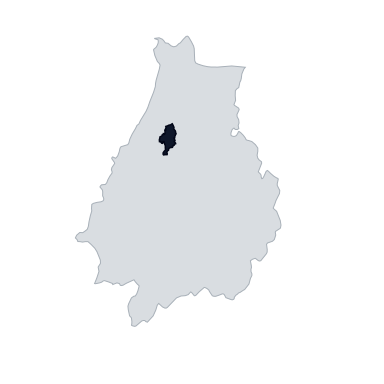 Hantsavichy, Brest, Belarus shown in context, rotated 109°
{"feature_id": "67162791B6713137002494", "entity_name": "Hantsavichy", "entity_type": "district", "adm_level": 2, "iso_a3": "BLR", "parent_name": "Belarus", "parent_adm1": "Brest", "projection": "natural_earth1", "projection_center": [26.586, 52.677], "detail": "fine", "context": "in_parent", "style": "filled", "palette": "ink", "viewbox_px": 384, "rotation_deg": 109, "n_neighbors": 0, "source": "geoboundaries", "source_scale": "gbopen_adm2", "svg_char_len": 7321}
<svg xmlns="http://www.w3.org/2000/svg" viewBox="0 0 384 384"><g transform="rotate(109 192 192)"><path d="M310.3,254.3L304.4,254.0L297.4,254.1L293.5,256.3L289.2,255.3L286.2,256.5L279.4,262.4L276.8,265.6L274.3,270.6L272.8,274.2L273.7,276.8L275.0,279.2L275.4,281.8L276.0,283.8L274.4,285.2L273.4,287.3L270.4,287.0L266.8,284.9L266.0,282.0L263.2,280.0L261.4,278.9L258.4,278.8L253.6,279.7L247.4,280.4L242.6,280.6L240.1,281.7L236.3,282.7L234.8,281.5L232.6,278.2L230.9,274.9L229.6,273.4L228.6,273.0L227.3,273.1L225.9,274.1L224.8,275.2L220.8,276.5L219.1,277.6L217.2,280.7L216.0,280.5L214.6,279.8L213.1,276.4L211.0,275.6L207.7,275.5L203.6,274.8L200.3,273.8L199.1,274.0L197.1,275.5L194.9,275.7L190.2,274.4L189.3,275.0L186.6,278.7L185.4,278.9L184.6,278.4L185.0,275.2L182.3,274.0L177.7,273.9L174.5,274.3L172.9,274.2L172.1,273.6L168.1,268.1L166.0,267.7L162.3,268.0L156.7,267.4L150.4,266.1L146.9,265.7L145.1,264.4L141.1,264.0L130.6,261.7L126.3,261.3L120.0,261.3L110.3,260.8L104.2,261.0L101.3,261.8L98.0,262.3L86.5,262.9L82.4,263.5L81.2,264.7L79.9,267.2L75.1,271.5L70.5,274.4L69.6,274.7L67.0,273.1L64.7,272.6L62.1,272.5L60.3,273.0L59.1,273.7L59.2,277.0L58.9,277.3L56.9,273.3L57.2,269.7L58.3,267.7L59.7,265.8L59.2,263.0L60.6,259.4L60.7,256.7L60.1,255.6L59.0,254.2L56.1,252.8L54.8,251.6L50.8,250.1L46.8,248.2L46.1,247.0L46.3,246.2L47.1,245.0L50.2,241.4L53.5,238.0L55.7,236.6L66.9,232.2L68.7,230.6L69.1,228.0L69.0,222.7L68.4,217.9L67.6,214.6L65.5,208.3L59.9,195.5L56.7,182.2L58.9,183.0L64.2,183.3L68.5,182.4L70.6,182.2L72.6,182.5L78.1,181.8L79.5,183.0L82.0,184.0L86.9,182.5L91.2,180.6L95.7,180.8L96.3,179.9L97.5,175.2L98.8,174.2L104.2,174.7L106.2,173.8L108.3,171.5L111.4,170.0L114.1,170.0L116.8,168.4L118.2,169.5L118.8,171.5L117.9,173.0L118.3,173.6L120.2,174.4L123.5,174.4L125.6,173.7L126.0,172.8L126.0,171.2L125.5,169.7L124.2,168.4L121.6,167.8L119.8,167.7L119.5,166.9L120.1,165.1L121.7,161.9L123.7,159.0L124.9,157.9L125.1,156.9L124.9,155.1L124.8,151.9L126.6,147.4L129.0,144.1L132.2,143.0L136.1,142.4L138.6,140.8L139.8,139.0L140.8,136.1L142.1,135.5L151.4,135.9L152.8,133.0L153.6,132.2L155.4,131.4L156.7,130.4L156.2,129.6L153.8,129.1L148.2,128.6L147.1,127.7L147.5,126.5L148.9,123.6L150.4,119.8L151.1,116.8L151.2,115.1L152.0,114.6L156.5,114.1L158.1,113.5L162.0,109.5L165.0,108.8L172.7,109.8L176.2,109.8L180.7,110.0L181.1,109.6L182.7,105.7L190.2,99.3L194.3,97.1L196.8,96.7L197.7,96.8L201.9,100.1L202.8,100.2L205.5,98.8L210.2,98.7L212.4,99.9L215.6,104.0L217.2,104.5L221.8,102.2L224.3,101.4L226.0,101.5L234.6,104.6L235.3,105.7L235.3,106.9L234.1,110.6L235.9,112.9L238.0,114.4L242.4,111.9L244.0,111.2L245.8,111.1L248.2,110.2L249.9,108.7L251.5,108.2L254.7,108.6L260.5,108.2L267.2,110.5L267.8,111.2L271.2,113.8L272.4,115.2L273.5,115.6L275.3,116.9L277.7,117.7L279.3,117.4L280.1,117.9L280.9,118.9L281.0,120.6L280.9,125.5L278.5,128.1L278.2,129.0L278.4,130.1L280.3,132.3L282.9,135.6L283.5,137.5L283.5,139.0L280.3,143.2L279.2,144.2L278.4,146.3L278.1,148.5L278.3,149.4L284.0,152.7L288.2,154.6L289.2,155.5L289.3,156.1L287.1,159.7L286.9,160.7L290.3,162.2L292.2,164.6L293.9,168.5L297.2,172.2L309.1,177.7L310.2,178.6L310.6,179.8L310.3,182.4L308.2,187.2L310.3,188.0L315.5,187.8L321.8,188.4L329.6,191.8L329.6,193.4L328.9,194.8L329.4,196.3L330.3,197.5L337.0,201.4L337.7,202.5L337.9,204.4L337.7,205.8L335.9,206.1L333.9,206.7L330.6,208.4L329.4,210.7L324.1,213.9L320.8,215.4L318.2,215.5L311.9,214.8L309.6,213.2L308.7,211.7L306.2,211.1L303.0,211.0L298.6,211.3L297.7,211.7L297.0,213.5L295.2,216.6L293.9,218.3L299.7,224.4L302.6,226.9L303.5,228.4L303.5,229.5L302.2,230.8L302.4,233.4L305.3,236.8L304.4,237.3L304.2,241.5L304.3,246.0L305.1,247.1L306.6,248.0L307.9,249.6L310.1,253.3L310.3,254.3Z" fill="#d9dde1" stroke="#a8b0b8" stroke-width="1"/><path d="M164.6,232.0L164.8,231.9L165.1,231.8L165.7,231.6L165.9,231.4L166.1,231.1L166.2,230.7L166.0,230.4L165.7,230.3L165.4,230.3L165.1,230.0L165.1,229.7L165.1,229.4L165.3,229.2L165.3,228.9L165.2,228.7L164.9,228.4L164.7,228.1L164.8,227.8L164.5,227.7L164.3,227.8L164.0,227.9L163.6,228.0L163.4,228.1L163.1,228.4L163.0,228.6L162.9,228.9L162.8,229.0L162.4,228.9L162.2,228.7L161.7,228.6L161.4,228.6L160.9,228.5L160.6,228.4L160.5,228.2L160.4,227.9L160.0,227.8L159.7,227.9L159.1,228.0L158.8,228.1L158.5,228.0L158.3,228.0L158.0,227.8L157.8,227.6L157.5,227.4L157.2,227.2L157.0,226.8L157.0,226.6L156.8,226.3L156.6,226.0L156.4,225.8L156.4,225.5L156.2,225.1L155.8,225.0L155.4,225.0L155.0,224.9L154.4,224.9L154.1,224.9L153.9,224.9L153.7,224.5L153.7,224.3L153.3,224.0L153.1,224.0L152.7,224.0L152.3,223.9L151.9,223.7L151.8,223.4L151.7,223.2L151.3,223.3L151.1,223.5L150.8,224.0L150.6,224.6L150.4,224.9L150.0,225.3L149.6,225.3L149.4,225.1L149.2,224.8L148.9,224.8L148.5,225.0L148.4,225.3L147.6,226.0L147.2,226.4L146.9,226.6L146.7,226.6L146.5,226.3L146.5,226.0L146.3,226.0L145.9,226.1L145.6,226.3L145.3,226.3L144.5,226.3L144.3,226.3L144.0,226.2L143.7,226.2L143.5,226.3L143.3,226.3L143.1,226.3L143.0,226.2L142.7,226.1L142.3,226.0L142.1,226.0L142.0,226.3L141.9,226.5L141.7,226.8L141.3,226.8L140.9,226.8L140.7,227.0L140.2,227.3L139.7,227.6L139.3,228.2L139.1,228.6L138.8,228.9L138.7,229.3L138.6,229.7L138.5,229.8L138.2,229.8L137.6,229.9L137.0,230.0L136.6,230.2L136.3,230.5L136.0,230.8L135.4,231.3L135.1,231.6L134.9,231.8L134.5,232.3L134.1,232.6L134.0,232.8L133.9,232.9L134.2,233.2L134.7,233.5L134.9,233.7L135.4,234.0L135.7,234.3L135.8,234.7L136.0,235.0L136.3,235.6L136.7,236.0L137.1,236.4L137.4,236.6L137.8,236.9L138.0,237.3L138.0,237.5L138.3,237.9L138.4,238.0L138.5,238.1L138.7,237.9L138.9,237.8L139.1,237.7L139.3,237.4L139.6,237.4L139.9,237.5L140.1,237.6L140.4,237.7L140.6,237.6L140.8,237.5L141.1,237.4L141.4,237.2L141.7,237.0L141.9,237.0L142.1,237.0L142.2,237.4L142.2,237.6L142.3,237.7L142.3,237.8L142.8,237.7L143.0,237.5L143.2,237.4L143.3,237.3L143.7,237.2L143.9,237.0L144.1,236.9L144.5,236.9L144.8,236.9L145.0,236.8L145.1,236.7L145.3,236.7L145.5,236.7L145.8,236.7L146.0,236.7L146.3,236.7L146.4,236.8L146.2,237.1L146.1,237.3L146.1,237.5L146.1,237.9L146.1,238.1L146.4,238.1L146.7,238.1L146.9,238.1L147.2,238.0L147.3,238.0L147.5,238.4L147.5,238.5L147.7,238.8L147.9,238.8L148.0,238.8L148.3,238.7L148.6,238.7L149.0,238.8L149.2,239.0L149.5,239.4L149.6,239.5L149.9,239.8L150.0,239.9L150.1,240.1L150.4,240.0L150.7,240.0L150.8,240.1L151.1,240.1L151.4,240.0L151.6,240.0L151.8,240.0L152.0,239.9L152.5,239.9L152.8,240.0L153.0,239.9L153.4,239.7L153.7,239.6L153.9,239.6L154.1,239.6L154.3,239.5L154.5,239.4L154.8,239.2L155.0,239.1L154.9,238.9L154.7,238.8L154.6,238.6L154.6,238.3L154.7,238.0L154.8,237.8L154.9,237.7L155.1,237.6L155.1,237.4L155.0,237.2L154.9,237.0L155.0,236.9L155.5,236.8L155.7,236.7L155.7,236.3L155.6,236.0L155.6,235.9L155.4,235.9L155.2,235.9L155.0,236.0L154.8,236.1L154.6,236.1L154.5,235.9L154.5,235.7L154.3,235.6L154.1,235.7L153.9,235.7L153.7,235.6L153.7,235.4L153.7,235.2L153.5,234.9L153.5,234.7L153.8,234.5L154.2,234.5L154.5,234.5L154.7,234.4L154.8,234.3L154.9,234.2L155.0,234.1L155.1,233.9L155.3,233.6L155.5,233.4L155.9,233.2L156.1,233.1L156.3,232.8L156.5,232.6L156.7,232.4L157.0,232.3L157.5,232.1L158.2,231.8L158.8,231.7L159.1,231.5L159.5,231.4L159.8,231.2L160.0,231.1L160.2,230.9L160.4,230.9L160.5,230.8L160.9,230.9L161.1,231.0L161.3,231.0L161.5,231.0L161.8,231.2L162.0,231.3L162.3,231.5L162.6,231.6L163.0,231.7L163.3,231.8L163.7,231.9L164.0,232.0L164.3,232.0L164.6,232.0Z" fill="#0f172a" stroke="#020617" stroke-width="1.5"/></g></svg>